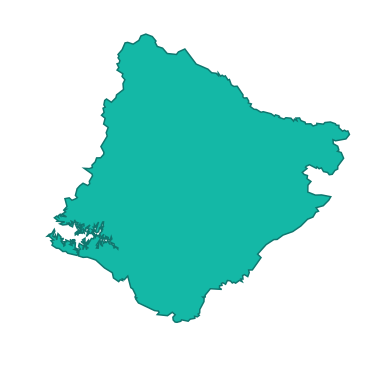 Sragen, Jawa Tengah, Indonesia, rotated 296°
{"feature_id": "22746128B28263166501815", "entity_name": "Sragen", "entity_type": "district", "adm_level": 2, "iso_a3": "IDN", "parent_name": "Indonesia", "parent_adm1": "Jawa Tengah", "projection": "equal_earth", "projection_center": [110.906, -7.392], "detail": "fine", "context": "isolated", "style": "filled", "palette": "teal", "viewbox_px": 384, "rotation_deg": 296, "n_neighbors": 0, "source": "geoboundaries", "source_scale": "gbopen_adm2", "svg_char_len": 5913}
<svg xmlns="http://www.w3.org/2000/svg" viewBox="0 0 384 384"><g transform="rotate(296 192 192)"><path d="M89.8,250.5L98.7,250.8L101.9,249.4L102.3,247.8L103.5,249.9L104.9,249.0L113.1,250.9L117.5,261.4L117.7,258.8L119.8,257.9L121.2,259.9L122.7,258.6L124.0,259.5L123.8,262.6L128.0,262.6L128.9,265.5L127.9,268.1L129.3,269.2L129.2,271.2L133.4,273.4L133.4,276.4L135.2,274.1L136.1,276.0L139.1,274.1L140.7,275.3L140.4,279.2L144.6,278.8L146.7,277.1L148.4,280.4L163.3,282.8L164.9,278.2L177.2,281.7L185.1,286.4L186.7,289.3L193.2,292.7L200.6,299.9L209.1,304.7L218.2,307.8L222.5,311.7L228.0,312.1L230.2,314.1L232.3,310.4L237.2,316.0L244.5,318.5L248.6,318.8L246.2,309.8L243.3,304.3L242.7,296.1L248.9,293.2L253.6,294.3L254.4,289.5L257.4,288.6L256.9,285.2L258.0,282.5L263.5,285.1L263.9,283.2L265.1,283.3L268.0,285.6L267.8,293.2L269.3,293.3L268.6,296.1L270.4,297.7L268.0,301.3L269.0,305.3L267.7,307.8L269.4,310.3L274.0,311.0L276.5,312.9L279.1,311.7L288.8,313.5L292.9,308.8L292.4,304.9L294.1,305.6L297.0,302.9L297.4,297.8L300.8,295.8L300.9,298.5L307.2,307.1L312.7,308.3L315.2,305.3L314.1,304.0L314.4,302.0L312.7,300.6L314.1,296.0L316.3,294.8L315.3,292.4L316.2,291.0L315.6,285.7L312.7,281.0L310.6,280.4L308.4,274.1L307.1,274.7L304.4,271.9L305.4,268.9L303.0,264.3L304.3,263.0L303.9,258.6L305.7,256.2L304.0,253.0L302.1,255.0L302.4,252.1L300.2,252.2L301.7,248.6L299.9,243.8L297.9,242.8L297.2,237.5L298.3,237.5L298.4,236.1L297.9,233.2L296.3,232.9L297.0,228.8L295.4,220.8L293.9,219.1L294.4,213.7L293.5,211.4L294.4,206.9L297.2,206.7L296.7,203.6L298.6,203.1L300.7,200.0L299.3,197.7L299.8,196.0L301.6,195.3L306.9,186.2L305.2,183.3L305.6,180.3L309.5,176.3L308.4,175.3L311.0,171.0L309.8,170.1L310.2,167.9L308.6,166.9L310.5,163.4L308.3,164.6L309.3,161.7L307.8,157.4L309.4,152.5L308.8,139.7L317.4,122.9L312.0,118.4L308.8,117.7L305.6,109.0L308.4,102.5L307.6,97.0L310.3,93.3L311.9,93.4L314.3,88.2L313.7,81.3L309.9,77.7L305.0,77.8L299.1,74.3L298.3,68.6L296.7,66.5L289.2,66.8L283.1,65.2L282.2,66.9L280.2,66.7L278.5,69.6L276.0,70.0L274.3,68.4L271.8,71.7L268.7,71.2L268.0,78.0L265.2,78.5L263.5,82.5L259.1,82.5L254.1,85.5L246.2,81.6L243.4,82.3L237.3,80.2L238.1,74.4L236.0,73.4L231.7,74.6L230.2,76.8L228.3,75.3L225.0,78.1L221.3,77.0L220.2,81.6L214.3,82.8L213.3,88.4L207.7,88.9L205.1,91.3L192.9,90.2L189.1,95.4L187.2,96.1L182.7,94.9L180.8,91.3L176.6,91.8L172.3,90.3L170.3,91.7L168.0,89.4L166.0,84.6L164.4,94.2L162.9,95.5L156.6,95.0L154.6,96.5L152.1,95.5L152.1,90.2L148.4,88.4L144.6,87.3L137.8,88.7L136.7,91.4L134.9,90.4L131.9,87.7L132.9,84.2L130.3,80.7L124.2,86.0L120.4,84.9L121.1,86.3L119.3,85.1L118.7,87.1L115.2,84.9L114.7,90.1L113.4,86.1L114.1,83.8L112.8,84.5L113.3,82.8L111.5,82.0L110.6,83.0L111.0,80.9L108.5,79.6L107.6,83.9L106.5,83.5L109.4,90.7L105.5,87.2L105.7,90.3L108.0,93.9L109.3,93.4L108.8,95.8L110.9,94.5L109.5,96.1L110.4,97.7L108.3,97.1L108.3,99.9L112.0,99.1L111.9,97.2L112.8,96.3L112.9,100.5L115.5,98.6L114.1,100.5L114.3,103.1L111.9,101.8L112.6,105.1L113.8,105.3L112.9,105.8L115.8,108.7L114.3,109.8L112.5,107.2L111.7,108.3L110.5,102.9L109.2,104.6L110.5,104.8L110.6,107.7L109.7,107.0L109.9,108.4L108.9,108.2L109.7,109.7L107.7,108.9L108.0,106.7L106.3,108.4L105.2,107.4L106.4,106.1L103.8,105.0L102.3,105.9L104.3,107.0L103.0,108.6L104.8,107.8L106.5,110.2L107.3,109.1L107.7,110.9L106.1,111.2L108.0,111.8L107.8,113.2L111.1,110.7L110.1,113.8L113.1,112.3L117.7,114.8L113.3,114.1L113.6,115.8L110.9,115.4L111.6,117.5L110.4,116.0L105.7,116.6L109.7,117.6L110.7,120.0L111.4,119.5L109.9,122.5L111.9,122.4L112.0,119.6L113.3,120.0L113.1,121.8L114.3,118.7L114.8,121.3L117.1,118.7L117.6,120.6L117.8,119.5L119.7,118.7L118.4,120.5L124.1,121.2L114.0,122.5L113.6,124.2L115.4,125.5L119.2,124.6L121.6,125.6L122.6,124.9L125.7,124.9L126.2,125.1L126.4,125.6L121.9,127.2L119.7,125.7L121.3,127.3L119.3,127.0L119.4,128.0L119.0,128.1L118.9,126.3L117.2,128.2L114.4,127.3L112.2,128.9L112.3,130.4L115.5,131.3L112.5,131.2L112.3,132.4L111.6,130.5L110.4,131.3L111.7,134.7L113.8,134.1L112.5,135.9L114.4,135.2L114.4,136.7L112.4,137.4L113.6,139.4L116.4,139.0L114.7,140.6L111.2,139.3L111.2,144.7L109.4,145.9L109.3,149.9L108.2,150.3L109.2,147.9L107.0,146.0L108.5,146.4L110.0,142.3L109.2,140.6L111.3,137.8L109.1,137.1L109.6,135.4L108.2,136.6L108.9,135.4L107.3,135.0L109.9,132.5L107.1,132.3L103.9,135.6L104.8,133.0L107.6,131.1L106.4,130.2L100.3,132.3L99.7,130.7L102.6,130.6L102.4,129.3L110.4,130.3L110.8,128.2L112.8,127.5L111.1,126.3L112.1,124.2L110.4,125.9L110.9,124.3L109.5,124.7L110.9,123.1L106.9,124.1L106.2,122.0L101.5,121.6L103.4,120.1L101.8,119.7L101.3,121.5L100.5,121.5L101.0,119.8L100.7,119.5L99.0,121.8L100.1,117.7L103.5,116.1L101.0,114.6L99.1,117.9L98.9,113.9L98.0,117.9L97.0,118.3L97.9,120.2L96.5,121.1L96.1,123.6L95.9,121.5L93.8,122.6L96.0,120.8L96.6,119.1L92.2,119.1L96.0,118.0L96.3,113.4L93.5,113.9L91.7,116.8L90.1,115.8L84.8,118.1L85.5,122.8L87.6,126.4L88.7,135.3L85.4,146.6L84.5,155.8L80.3,159.1L79.3,165.4L81.7,166.0L82.0,168.5L83.3,167.5L83.5,169.6L88.3,171.1L79.2,178.9L78.9,181.2L74.6,186.7L72.6,186.8L72.6,188.8L71.3,188.1L68.8,192.5L69.0,210.3L70.2,214.0L69.4,215.2L66.6,214.5L70.1,224.2L75.3,227.0L74.3,230.7L71.1,229.7L68.7,231.2L67.7,233.8L68.3,235.6L70.9,238.6L72.5,238.6L74.2,245.2L76.9,246.1L79.7,249.9L81.4,248.8L82.2,251.6L84.4,252.6L85.0,251.0L86.7,251.9L89.8,250.5ZM84.6,116.4L88.1,116.5L87.5,115.0L90.3,114.5L89.0,113.8L88.8,111.3L90.6,113.1L90.7,111.3L95.2,109.5L95.2,106.4L96.8,108.2L97.7,107.4L96.8,105.7L95.5,106.1L95.8,103.1L93.7,108.0L92.8,106.3L91.4,107.6L91.2,105.1L92.5,105.8L93.9,104.8L93.6,99.7L92.3,100.9L90.9,98.3L90.8,100.0L88.3,101.1L87.3,100.5L89.4,99.2L88.9,98.5L90.5,95.8L91.8,96.5L92.4,95.0L93.2,96.8L93.7,96.6L92.6,94.6L94.2,93.9L95.8,89.8L89.6,91.4L93.6,88.1L91.0,88.0L91.3,86.2L96.6,85.9L98.0,84.6L93.3,84.2L91.5,82.4L90.8,83.7L90.9,82.1L88.8,81.3L89.7,82.8L88.2,88.7L86.4,86.6L85.2,89.3L82.8,89.5L82.1,94.6L83.0,97.3L81.9,102.0L83.3,104.7L82.5,107.2L84.6,116.4Z" fill="#14b8a6" stroke="#0f766e" stroke-width="1.5"/></g></svg>